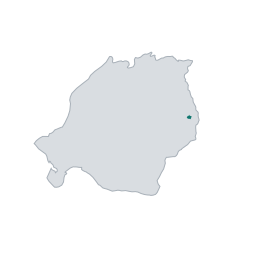 location of Boianu Mare, Bihor, Romania, rotated 132°
{"feature_id": "2599482B10353811537276", "entity_name": "Boianu Mare", "entity_type": "district", "adm_level": 2, "iso_a3": "ROU", "parent_name": "Romania", "parent_adm1": "Bihor", "projection": "albers", "projection_center": [22.513, 47.387], "detail": "fine", "context": "in_parent", "style": "filled", "palette": "teal", "viewbox_px": 256, "rotation_deg": 132, "n_neighbors": 0, "source": "geoboundaries", "source_scale": "gbopen_adm2", "svg_char_len": 3897}
<svg xmlns="http://www.w3.org/2000/svg" viewBox="0 0 256 256"><g transform="rotate(132 128 128)"><path d="M191.3,140.1L193.6,142.8L196.3,144.1L202.6,145.3L203.1,145.0L203.1,144.7L202.7,144.4L202.6,143.8L202.8,143.1L203.6,143.0L205.1,143.5L207.6,142.4L211.3,139.8L214.8,139.0L218.1,140.1L219.9,141.5L221.1,143.0L221.0,144.8L220.9,146.0L220.5,150.9L220.0,152.8L219.3,154.9L209.4,158.1L209.9,156.9L209.5,154.9L208.9,153.4L209.8,152.0L207.5,151.7L206.5,152.5L205.9,153.9L206.8,156.9L205.8,158.6L205.5,159.6L205.6,161.8L205.0,162.9L205.0,163.9L206.6,163.5L206.0,165.5L203.3,169.4L202.4,171.7L203.3,180.4L202.4,185.7L202.4,187.3L199.1,187.6L198.1,187.5L194.9,187.0L191.4,185.8L189.1,183.3L187.7,181.5L184.8,182.5L184.2,182.3L183.4,181.5L181.1,181.0L178.4,181.1L172.0,178.0L171.3,177.4L166.5,178.3L159.4,180.4L154.0,182.9L148.4,187.0L146.2,190.0L143.6,191.6L139.8,192.9L132.9,192.7L125.7,191.5L118.0,190.1L113.9,191.1L108.3,190.6L99.8,188.8L93.5,188.3L87.3,189.5L86.3,188.6L86.0,187.7L86.3,186.3L87.1,185.2L88.6,184.3L89.4,183.5L89.5,182.6L87.8,181.3L84.4,179.4L83.0,178.2L82.6,177.9L82.5,176.8L81.8,176.0L80.5,175.4L79.4,174.3L78.7,172.6L78.9,171.1L79.9,169.7L81.2,169.1L82.8,169.3L83.5,168.9L83.2,167.9L81.7,166.6L78.8,165.0L75.8,165.9L72.8,169.1L70.7,169.6L69.4,167.4L67.0,166.1L63.6,165.7L61.6,164.8L60.8,163.6L59.3,162.6L56.1,161.5L56.1,160.5L56.6,160.3L57.8,160.2L59.3,160.0L59.6,159.5L59.6,159.0L58.4,158.3L57.2,157.8L56.5,157.4L56.1,156.9L56.0,156.4L56.4,156.0L56.9,156.0L57.4,155.7L57.7,154.6L58.4,153.6L58.8,153.2L58.8,152.5L58.3,151.8L57.7,151.3L56.7,150.9L53.6,149.8L52.1,148.4L51.2,148.3L49.7,147.5L48.1,146.2L46.7,144.5L45.2,143.3L44.8,142.8L44.8,142.4L45.1,141.9L45.1,141.4L44.8,139.7L45.1,137.9L45.0,136.2L45.0,135.4L44.7,135.2L44.5,135.4L44.1,135.7L43.7,135.8L42.7,134.5L41.3,131.9L40.4,131.1L38.6,129.9L37.0,128.9L36.0,126.7L34.9,125.1L35.7,124.4L40.1,123.6L42.1,124.6L43.1,124.2L44.0,123.5L44.5,122.9L44.6,122.3L45.1,121.5L46.6,121.1L50.5,121.7L52.1,120.6L52.7,120.0L53.1,118.6L53.5,117.5L54.9,117.0L54.9,116.0L54.7,114.9L55.6,112.5L56.1,111.5L56.9,111.2L57.8,110.4L59.5,108.9L59.2,107.5L59.5,106.5L61.3,104.0L62.6,101.6L62.6,100.4L62.8,99.4L64.0,98.2L65.2,96.7L66.8,92.1L67.4,91.3L68.5,90.4L69.2,89.5L69.4,86.5L70.1,85.6L71.5,84.6L72.9,83.0L74.0,81.1L74.9,80.2L76.0,80.0L77.3,79.3L78.7,79.0L80.0,79.4L80.9,79.2L82.2,78.2L85.5,74.8L85.9,74.1L86.6,73.6L89.3,72.4L89.9,71.2L90.8,70.1L92.0,70.2L95.9,72.8L100.0,72.6L100.8,72.7L101.1,72.7L101.6,72.9L107.1,74.1L107.9,74.0L108.2,73.9L110.4,74.9L112.4,74.7L114.2,73.9L116.2,73.6L117.9,74.0L119.3,75.5L123.0,78.7L124.0,79.8L125.7,79.6L127.4,78.9L129.2,76.7L134.6,74.1L138.8,73.3L142.9,72.1L147.6,71.2L148.9,69.1L149.6,67.7L150.0,65.2L152.6,64.3L155.0,63.6L155.8,63.3L157.6,63.1L159.0,63.2L161.1,64.4L162.7,65.8L163.4,67.1L164.8,68.8L166.3,71.1L167.9,74.4L168.4,76.0L169.0,77.8L170.3,79.9L172.6,82.2L172.9,82.6L174.0,84.3L176.1,87.9L177.7,89.4L179.2,90.9L180.0,92.5L181.1,94.0L183.5,95.8L185.5,97.5L187.4,102.6L188.6,104.9L189.4,106.7L189.3,110.4L189.9,112.0L189.2,115.0L188.1,120.9L188.0,125.6L188.5,128.1L188.6,129.7L189.1,130.7L189.7,132.8L189.9,134.6L189.3,135.2L188.6,135.7L188.3,136.1L189.1,136.9L190.2,138.4L191.3,140.1Z" fill="#d9dde1" stroke="#a8b0b8" stroke-width="1"/><path d="M80.2,90.7L80.3,90.5L80.3,90.4L80.2,90.3L80.2,90.2L80.0,89.9L80.1,89.7L79.9,89.5L79.8,89.4L79.7,89.4L79.5,89.5L79.4,89.5L79.4,89.4L79.5,89.3L79.5,89.2L79.4,89.1L79.4,88.9L79.2,88.9L79.0,89.0L78.9,89.0L78.9,88.9L78.7,88.8L78.7,88.7L78.6,88.8L78.4,88.8L78.2,88.8L78.2,88.7L78.2,88.8L78.3,89.1L78.2,89.1L78.1,88.9L78.0,89.0L77.9,89.0L78.0,89.2L78.0,89.3L78.3,89.4L78.5,89.4L78.5,89.5L78.7,89.8L78.8,89.9L78.8,90.0L78.7,90.0L78.8,90.1L78.8,90.3L78.7,90.4L78.8,90.4L78.8,90.5L78.7,90.5L78.8,90.7L78.8,90.8L78.9,91.0L78.9,90.9L79.0,90.9L79.3,90.8L79.5,90.8L79.5,90.7L79.8,90.7L80.0,90.6L80.2,90.7Z" fill="#14b8a6" stroke="#0f766e" stroke-width="1.5"/></g></svg>